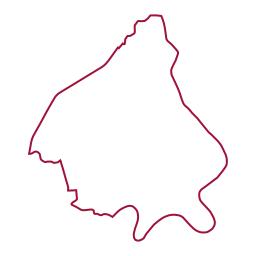 Quan 9, Hồ Chí Minh city, Vietnam
{"feature_id": "81297802B54605917200404", "entity_name": "Quan 9", "entity_type": "district", "adm_level": 2, "iso_a3": "VNM", "parent_name": "Vietnam", "parent_adm1": "Hồ Chí Minh city", "projection": "albers", "projection_center": [106.816, 10.829], "detail": "fine", "context": "isolated", "style": "outline", "palette": "rose", "viewbox_px": 256, "rotation_deg": 0, "n_neighbors": 0, "source": "geoboundaries", "source_scale": "gbopen_adm2", "svg_char_len": 3881}
<svg xmlns="http://www.w3.org/2000/svg" viewBox="0 0 256 256"><path d="M161.3,16.0L161.2,16.0L158.7,15.6L158.3,15.6L156.5,15.4L152.6,15.4L150.6,15.4L149.5,16.4L148.9,17.3L148.1,18.2L147.2,19.0L146.8,19.4L145.6,20.1L144.8,20.9L141.9,21.2L140.3,21.2L138.5,20.9L137.5,21.6L136.3,23.3L135.1,24.8L134.7,25.5L134.7,27.8L134.7,28.0L134.8,31.3L134.7,32.7L133.8,33.8L132.5,34.5L131.0,35.4L130.2,35.9L127.6,36.0L126.9,36.8L126.1,38.0L125.3,39.1L125.1,41.1L124.7,43.9L124.3,44.2L124.0,44.2L123.6,44.1L122.8,43.5L120.0,46.8L118.8,48.2L117.9,47.5L110.9,57.3L109.5,59.2L108.5,60.6L107.1,62.3L105.2,64.4L104.2,65.3L102.0,67.0L97.5,69.7L90.6,73.9L83.9,78.0L76.0,82.8L75.7,83.0L68.6,87.3L62.3,91.1L59.3,93.0L58.0,93.9L56.6,95.3L56.1,95.8L55.0,97.2L52.2,101.9L49.7,106.3L48.2,108.9L46.9,111.2L45.4,114.0L43.3,117.9L39.7,124.5L36.5,130.1L34.7,133.4L33.3,135.9L32.3,138.2L31.4,141.2L30.8,144.4L29.7,150.5L29.1,153.8L29.8,153.8L30.4,153.8L31.1,153.6L31.9,153.4L32.5,153.1L33.4,152.5L34.1,152.0L34.9,151.7L35.6,151.6L36.0,151.6L36.6,151.7L37.3,151.9L37.8,152.2L38.7,153.0L39.5,153.8L39.8,154.4L39.9,154.9L40.0,155.7L40.3,156.8L40.5,158.2L40.8,159.0L41.1,159.5L41.6,160.1L42.2,160.5L42.9,161.0L44.0,161.6L44.6,161.9L45.2,162.0L45.4,162.1L45.9,162.0L46.3,161.9L47.1,161.7L47.7,161.6L48.4,161.6L49.0,161.6L49.7,161.6L50.3,161.6L51.2,161.6L51.7,161.8L52.2,161.9L53.0,162.5L53.5,162.8L54.1,162.8L54.6,162.8L55.4,162.7L56.3,162.6L56.9,162.5L57.3,162.4L57.9,162.2L58.7,161.7L60.3,160.4L60.5,160.8L60.8,161.4L61.0,162.5L61.2,163.2L63.0,169.0L63.8,171.9L65.0,176.2L66.2,180.4L67.3,184.1L68.0,186.5L68.1,187.0L68.2,187.6L68.1,188.9L68.1,190.6L73.6,190.4L76.2,190.2L76.8,197.4L77.0,198.7L76.8,199.5L76.0,200.3L72.6,202.5L71.6,203.6L71.5,204.3L71.9,204.8L76.2,206.9L81.1,209.8L82.8,210.2L84.7,210.2L86.4,210.0L89.2,209.7L90.9,209.5L91.5,209.5L92.4,209.7L93.2,210.2L93.6,210.5L93.8,210.8L93.8,211.3L93.9,212.5L94.1,213.1L94.3,213.5L94.6,213.7L94.9,213.9L95.5,213.8L95.9,213.8L96.4,213.8L96.8,213.8L97.2,213.8L97.9,214.1L99.0,214.6L99.8,215.0L100.2,215.1L100.9,215.1L101.5,215.1L102.2,214.9L102.9,214.5L103.8,214.1L104.6,214.1L105.3,214.1L106.4,214.2L108.1,214.6L109.3,215.1L110.4,215.7L112.5,216.9L114.3,215.1L117.6,211.8L120.3,209.6L123.1,208.0L125.8,206.8L128.1,206.0L129.5,205.8L130.5,205.9L131.7,206.1L132.5,206.3L133.0,206.6L134.5,207.8L135.9,209.3L137.0,210.9L137.4,212.0L137.9,214.1L138.1,217.2L137.9,219.5L137.4,221.6L136.4,224.8L135.0,228.6L134.0,232.8L133.8,234.1L133.8,235.8L134.0,237.3L134.5,238.5L135.1,239.5L135.7,240.0L136.6,240.4L138.2,240.6L139.5,240.5L142.1,239.4L143.1,238.7L143.7,238.1L143.8,238.1L144.3,237.2L145.6,235.0L146.7,233.3L147.0,233.0L153.7,224.9L154.9,223.8L157.1,222.0L159.1,220.4L161.8,218.5L163.3,217.6L164.8,216.8L166.1,216.3L168.7,215.4L171.1,214.9L174.5,214.7L178.6,215.3L179.9,215.6L181.4,216.4L182.3,216.9L183.3,217.8L189.9,225.0L193.9,228.9L196.2,230.5L198.5,231.6L200.8,232.3L203.3,232.5L205.5,232.4L207.4,232.0L209.4,230.9L211.0,229.8L212.4,228.6L213.3,227.3L214.3,225.7L214.6,224.5L214.8,222.9L214.8,221.7L214.4,219.9L213.6,217.7L211.7,214.1L210.4,211.9L209.0,210.2L206.2,207.1L202.9,203.6L201.0,201.4L200.3,200.3L199.8,199.1L199.3,196.8L199.2,193.8L199.4,192.7L199.9,191.4L201.5,189.4L205.9,186.2L217.3,177.6L222.0,171.8L225.2,167.4L226.6,164.6L226.9,161.7L226.7,158.9L226.6,158.0L225.8,155.0L223.3,149.6L221.1,145.3L219.6,143.2L217.5,140.7L211.9,135.1L211.6,134.8L209.8,133.2L208.8,132.4L200.3,122.0L199.6,121.1L197.5,118.4L192.2,113.1L189.7,110.0L187.7,107.9L185.0,105.6L184.0,104.4L183.2,103.1L182.0,99.9L181.2,97.7L179.9,93.5L177.9,88.4L175.1,82.3L171.5,74.6L171.4,73.0L171.3,72.9L171.2,70.9L171.3,69.7L171.9,68.0L173.6,64.4L175.6,60.6L177.0,56.5L177.9,54.0L178.1,52.5L177.8,51.7L177.4,51.1L175.7,49.0L172.7,45.6L170.8,43.7L167.5,40.9L166.4,38.9L166.0,36.1L165.4,31.5L164.9,28.2L164.0,23.7L162.8,19.8L161.3,16.0Z" fill="none" stroke="#9f1239" stroke-width="2"/></svg>